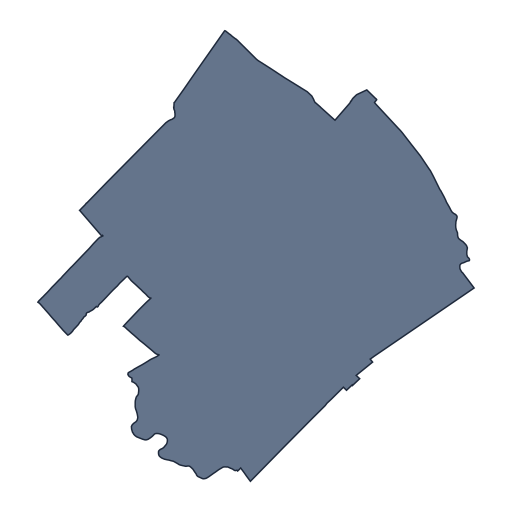 Cosoba, Giurgiu, Romania
{"feature_id": "2599482B93703236518743", "entity_name": "Cosoba", "entity_type": "district", "adm_level": 2, "iso_a3": "ROU", "parent_name": "Romania", "parent_adm1": "Giurgiu", "projection": "orthographic", "projection_center": [25.808, 44.526], "detail": "fine", "context": "isolated", "style": "filled", "palette": "slate", "viewbox_px": 512, "rotation_deg": 0, "n_neighbors": 0, "source": "geoboundaries", "source_scale": "gbopen_adm2", "svg_char_len": 5898}
<svg xmlns="http://www.w3.org/2000/svg" viewBox="0 0 512 512"><path d="M474.1,288.0L468.1,280.0L463.4,273.8L462.5,272.6L462.0,272.3L461.5,271.7L460.2,269.3L459.9,268.4L459.8,265.9L460.0,265.0L460.3,264.5L460.8,263.9L461.9,263.2L463.7,262.7L466.9,261.2L469.2,260.7L469.5,260.2L469.5,259.4L469.2,258.7L468.7,258.0L467.7,257.1L467.4,256.6L466.8,254.4L466.8,252.5L466.8,251.4L467.4,247.9L466.6,245.8L465.8,244.6L463.1,241.8L462.0,241.0L461.4,240.7L459.3,239.1L458.6,238.4L458.1,237.5L457.7,236.0L457.6,235.1L457.5,232.8L456.3,229.9L455.8,227.7L455.7,225.9L455.7,224.5L455.8,223.7L455.9,221.7L456.9,218.2L457.1,216.9L456.9,216.0L456.2,215.1L455.5,214.4L453.8,213.5L452.2,212.2L451.0,210.4L449.4,207.2L446.4,202.0L445.7,200.2L444.0,196.7L440.7,190.6L439.9,189.6L433.4,176.4L430.4,170.7L429.0,168.8L420.5,156.1L411.4,144.5L402.5,133.0L400.4,130.5L397.9,127.9L377.2,105.6L375.2,103.4L374.6,102.6L374.5,102.4L374.7,102.2L376.7,99.8L376.7,99.6L376.4,99.3L376.2,98.9L375.5,98.4L366.8,89.9L357.0,94.5L356.3,95.0L353.1,98.1L352.1,99.4L351.4,100.9L350.8,101.3L350.6,101.3L350.5,102.0L350.1,102.7L349.3,103.7L335.0,120.2L333.7,119.1L320.7,107.4L320.4,107.0L319.6,106.3L315.6,102.8L315.2,102.7L313.8,100.1L313.8,99.7L311.8,96.0L307.2,91.7L284.4,77.6L271.2,68.9L258.0,60.5L256.9,59.6L256.2,59.0L253.3,56.1L238.5,41.4L237.7,40.5L235.8,38.9L235.6,38.9L233.6,37.4L233.3,37.2L232.6,36.6L231.3,35.6L231.1,35.3L230.2,34.5L229.7,34.3L225.6,31.0L224.8,30.7L224.4,31.1L212.3,48.4L195.1,72.9L183.7,89.4L175.6,100.8L174.6,102.3L174.1,102.6L173.9,106.7L173.9,107.5L173.7,107.5L173.8,108.3L174.1,109.7L174.4,110.1L174.7,110.9L174.8,112.1L174.8,112.7L175.0,113.4L175.0,114.6L175.0,116.2L174.8,116.8L174.4,117.5L173.6,118.3L173.1,118.5L172.3,119.2L170.5,119.8L168.4,120.9L165.8,122.8L150.4,138.3L107.2,182.0L86.7,203.1L86.4,203.1L85.1,204.8L81.7,208.2L80.2,209.8L80.1,210.0L79.6,210.3L101.9,236.2L102.6,235.4L102.8,235.7L102.9,235.9L102.8,236.0L101.8,236.4L100.9,236.9L99.8,237.3L98.3,238.6L93.5,243.6L89.4,248.3L83.3,254.6L72.9,265.5L71.2,267.2L71.0,267.3L65.2,273.5L62.7,276.1L61.0,278.1L59.4,279.6L57.2,281.9L55.0,284.2L53.6,285.6L53.0,286.2L51.9,287.3L49.7,289.8L47.3,292.4L44.7,295.0L43.0,296.8L41.5,298.2L40.5,299.3L39.3,300.4L37.9,302.1L37.9,302.3L38.2,302.4L38.8,302.8L39.7,303.5L40.9,304.9L41.4,305.3L42.0,306.1L42.6,306.8L43.3,307.6L44.0,308.3L44.9,309.4L48.8,313.8L51.4,316.9L53.6,319.4L55.1,321.0L58.3,324.8L62.0,329.0L63.1,330.3L66.3,333.6L67.8,335.1L68.2,335.0L69.4,334.2L70.6,333.3L71.5,332.4L72.4,331.4L73.0,330.6L73.4,329.8L74.0,329.2L75.9,327.2L76.5,326.6L77.0,326.0L77.7,325.3L78.3,324.6L78.7,324.0L79.1,323.4L79.5,322.6L80.6,321.5L81.1,321.0L81.3,320.6L81.5,320.1L82.5,319.0L83.1,318.3L83.4,317.7L84.0,316.9L84.7,316.5L85.8,315.5L86.1,315.1L86.2,314.6L86.2,314.1L86.3,313.7L86.4,313.3L86.7,313.0L87.0,312.7L87.4,312.5L88.2,312.2L88.9,312.1L90.0,311.3L91.0,310.8L92.1,310.2L93.4,309.3L95.8,307.0L96.3,306.5L96.6,306.8L97.0,306.9L97.4,307.0L97.7,306.8L98.1,306.4L98.6,305.2L98.9,304.8L99.8,303.7L101.4,302.3L106.1,297.4L110.2,293.0L112.9,290.2L116.0,287.2L117.5,285.8L118.3,284.8L119.9,283.0L123.6,279.5L125.4,277.7L126.8,276.4L127.1,276.3L127.4,276.3L127.7,276.4L130.2,279.4L131.3,280.7L132.8,282.1L135.7,284.7L139.2,288.0L141.3,289.9L142.8,291.5L145.8,294.2L147.9,296.5L149.0,297.4L150.2,298.0L150.5,298.1L150.8,298.1L150.8,298.4L149.7,299.2L149.4,299.6L147.8,301.0L145.9,302.8L142.5,306.2L139.0,309.7L127.1,322.2L123.6,326.0L123.4,326.3L124.0,326.5L124.4,326.7L125.0,327.2L126.0,328.1L127.2,329.3L128.5,330.4L131.6,333.2L134.1,335.3L136.0,337.0L139.9,340.5L144.1,343.8L147.3,346.5L149.8,348.6L152.3,350.7L155.0,353.1L156.4,354.0L157.7,354.5L158.7,354.6L158.9,354.7L159.0,354.8L159.0,355.0L158.3,355.5L157.1,356.3L155.8,357.0L151.5,359.0L149.7,360.0L147.9,361.2L146.1,362.3L144.0,363.6L141.8,364.9L139.2,366.3L137.4,367.3L135.3,368.5L134.2,369.1L133.0,370.0L131.5,370.9L128.6,372.5L128.3,372.7L128.2,373.0L128.0,373.4L128.0,373.7L128.1,374.1L127.9,374.5L128.6,375.8L129.3,376.5L129.7,376.8L130.7,377.5L131.6,377.8L131.8,378.0L131.9,378.5L132.0,380.0L131.9,381.6L133.6,382.3L136.0,384.0L136.3,384.5L136.7,385.0L137.2,385.7L138.3,387.2L138.7,388.7L138.7,389.7L138.7,391.0L138.3,394.3L137.9,394.9L137.2,395.8L136.3,397.0L135.8,398.6L135.3,400.7L135.2,402.6L135.2,406.8L135.6,408.9L136.3,410.7L136.9,412.7L137.2,413.9L137.5,415.5L137.8,417.3L137.6,418.5L137.1,420.3L136.0,421.7L133.7,423.3L132.3,424.7L131.4,426.5L131.6,429.1L132.5,432.2L132.9,432.9L133.3,433.2L133.7,434.2L134.9,435.5L136.6,436.8L139.8,438.1L142.6,439.2L145.1,439.9L146.6,439.8L148.1,439.3L150.3,437.9L152.2,436.4L153.6,435.0L154.4,434.1L155.2,433.7L156.1,433.5L157.3,433.5L158.6,433.6L160.2,434.0L161.7,434.6L163.5,435.4L165.3,436.5L166.4,437.5L167.2,438.8L167.4,439.9L167.3,441.6L167.0,442.9L166.4,444.3L165.2,445.7L163.7,447.5L162.3,448.5L160.3,449.4L159.3,450.3L158.7,451.0L158.5,451.8L158.5,453.4L158.7,454.8L159.3,456.0L160.2,456.9L161.7,458.0L163.1,458.6L164.5,459.2L167.2,459.8L169.0,460.1L170.9,460.7L172.3,461.0L173.5,461.3L176.0,462.7L177.6,463.6L179.1,464.6L180.5,465.1L182.5,465.6L184.0,465.9L185.2,466.2L186.0,466.3L187.1,466.1L188.0,466.0L188.7,466.0L189.7,466.3L190.6,467.0L191.7,468.0L193.1,469.4L193.9,470.7L195.1,472.5L196.1,473.8L196.6,475.1L197.5,476.2L198.3,476.7L200.3,477.6L202.0,478.4L203.1,478.8L204.4,478.7L205.9,478.4L206.9,477.9L208.7,476.8L211.5,474.8L213.3,473.5L215.4,472.1L218.7,469.7L221.4,468.1L222.7,467.3L223.9,466.9L225.5,466.9L226.7,467.0L227.5,466.9L228.2,467.2L229.4,467.7L230.6,468.3L231.5,468.6L232.4,469.0L233.1,469.4L234.0,470.1L235.1,470.6L235.8,470.5L237.0,470.2L237.6,471.0L238.5,470.3L240.7,468.0L242.3,470.2L244.1,472.6L246.6,476.2L250.4,481.3L283.2,447.8L312.2,418.5L325.2,405.6L326.9,403.3L331.3,399.2L343.4,387.2L346.5,390.3L352.2,384.9L352.5,385.5L359.7,378.7L356.2,375.4L372.6,362.1L370.2,359.1L373.3,356.9L373.8,356.5L474.1,288.0Z" fill="#64748b" stroke="#1e293b" stroke-width="1.5"/></svg>